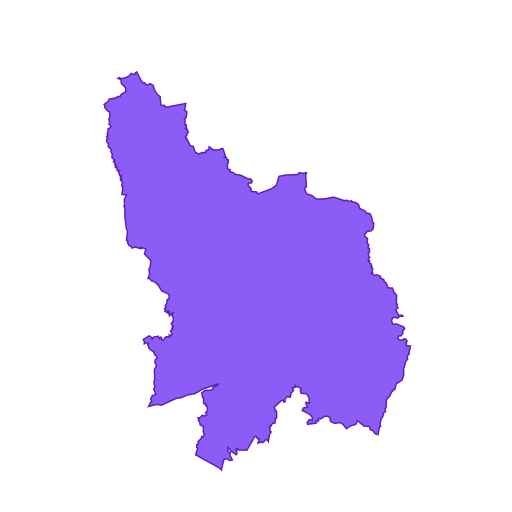 Kabin Buri, Prachin Buri, Thailand (orthographic projection), rotated 169°
{"feature_id": "78962969B13244714899487", "entity_name": "Kabin Buri", "entity_type": "district", "adm_level": 2, "iso_a3": "THA", "parent_name": "Thailand", "parent_adm1": "Prachin Buri", "projection": "orthographic", "projection_center": [101.817, 13.854], "detail": "fine", "context": "isolated", "style": "filled", "palette": "violet", "viewbox_px": 512, "rotation_deg": 169, "n_neighbors": 0, "source": "geoboundaries", "source_scale": "gbopen_adm2", "svg_char_len": 6076}
<svg xmlns="http://www.w3.org/2000/svg" viewBox="0 0 512 512"><g transform="rotate(169 256 256)"><path d="M390.2,128.8L382.1,129.3L377.2,127.6L361.2,131.5L357.0,131.1L349.9,132.6L342.3,132.6L333.5,135.6L317.6,137.6L318.2,136.4L323.3,135.2L323.3,133.7L326.2,132.9L331.8,133.8L335.5,131.9L335.4,127.1L334.5,126.5L335.5,122.0L335.1,120.6L333.8,120.9L333.7,118.3L332.5,117.3L333.2,113.4L335.6,111.7L334.7,109.3L336.2,108.6L339.3,109.9L341.4,108.1L343.8,108.1L343.0,107.0L344.0,105.7L342.9,103.4L343.1,100.9L340.2,98.7L341.3,93.3L340.8,90.6L342.0,88.7L343.8,89.3L344.3,87.6L348.4,84.8L348.3,82.5L350.2,82.0L350.7,79.2L349.8,78.5L353.2,72.4L332.3,54.8L330.8,52.6L326.4,62.4L322.6,62.4L321.0,60.3L318.1,60.3L319.7,65.5L318.7,67.7L321.2,69.7L319.8,73.3L317.9,69.4L313.3,64.7L312.3,65.9L312.4,70.3L311.3,70.4L310.6,69.0L301.9,67.2L291.7,79.1L290.4,78.8L289.3,76.2L287.5,75.7L289.7,71.9L286.0,72.4L284.9,71.5L282.2,73.5L280.1,73.6L279.3,71.6L276.9,78.0L274.7,80.5L275.8,82.0L275.0,83.9L275.8,85.5L273.6,86.1L273.6,87.2L271.3,88.6L269.3,88.4L267.9,92.4L266.5,93.3L265.5,100.0L266.5,101.0L266.9,104.2L258.6,109.3L256.9,109.3L256.5,107.4L255.3,107.2L255.0,109.8L252.0,112.2L249.3,110.8L247.9,114.6L244.7,116.8L245.8,119.6L243.4,119.4L242.3,121.3L242.1,119.8L240.0,119.8L236.7,116.9L238.2,115.6L237.9,112.5L232.5,111.2L231.1,106.3L231.6,101.3L234.6,102.9L235.4,102.2L234.1,97.8L238.5,97.8L240.1,95.6L233.5,90.4L231.6,87.1L231.9,84.2L235.0,85.2L237.5,82.7L237.5,80.9L229.3,80.5L228.4,80.8L228.3,82.6L225.9,82.2L225.9,84.5L223.3,83.8L219.6,85.5L216.6,85.1L214.3,83.5L214.4,79.5L210.8,76.7L205.4,76.5L202.7,74.1L200.2,69.2L195.9,71.2L190.2,71.7L187.8,75.0L182.3,68.4L177.1,67.0L177.0,63.7L174.5,62.2L173.1,58.9L170.3,57.4L167.8,63.9L166.1,65.2L166.6,66.8L164.1,72.6L162.4,73.7L160.5,77.9L158.4,78.7L158.7,80.7L157.1,82.8L155.3,90.4L151.3,93.1L148.8,96.7L144.9,98.9L142.9,103.7L136.3,106.4L133.7,111.0L132.8,116.5L129.2,123.9L126.8,125.8L127.1,128.2L124.0,131.2L124.5,132.0L122.0,136.6L122.5,137.7L121.8,138.3L125.5,139.0L124.8,142.9L124.0,143.4L124.5,145.7L126.9,146.5L127.3,145.7L129.9,145.7L131.7,146.7L132.1,149.3L130.8,150.4L129.0,149.9L126.5,152.1L126.1,154.5L123.9,156.2L124.5,158.1L130.8,162.4L135.0,163.0L135.2,167.0L133.5,169.3L131.4,169.4L129.2,167.9L126.5,169.4L123.3,168.8L123.8,170.0L127.2,170.4L129.1,176.5L126.5,178.0L127.3,179.7L126.3,181.6L127.3,182.4L125.4,190.8L127.4,193.8L128.2,198.5L132.4,199.5L133.5,205.0L135.0,206.5L135.2,208.8L136.5,209.1L138.1,211.2L137.6,212.2L141.2,214.6L143.3,214.3L146.2,216.9L144.6,217.5L145.1,219.0L143.8,220.8L145.0,223.0L144.1,223.6L145.0,225.0L144.3,225.9L146.0,228.1L145.5,229.5L146.3,229.3L146.6,230.9L144.6,233.1L145.4,233.7L145.2,237.1L143.9,238.1L143.2,241.7L144.6,242.6L143.2,245.3L144.4,247.6L143.2,251.8L145.4,254.5L145.5,256.0L142.2,258.9L138.3,258.7L135.8,260.4L134.1,265.9L135.2,267.5L135.1,272.3L136.1,275.9L139.3,276.9L140.7,279.7L145.1,282.8L145.6,287.2L148.3,289.7L151.0,290.6L151.8,292.0L154.3,291.8L156.1,293.4L158.8,293.5L168.4,298.9L177.7,299.0L185.7,300.3L189.9,304.9L194.5,307.3L195.6,313.1L193.4,314.2L191.9,325.5L190.6,328.1L194.2,328.1L197.5,329.6L199.6,328.0L211.4,329.8L218.3,329.8L222.4,321.6L228.2,319.0L242.4,316.6L243.2,318.8L248.1,320.2L248.3,324.4L249.3,324.5L250.3,328.1L249.0,329.1L246.6,328.5L245.4,330.5L246.7,332.8L249.0,333.1L255.7,338.3L260.4,339.9L262.9,342.5L265.6,343.7L265.0,345.9L267.2,346.4L266.7,351.9L265.7,352.3L264.8,355.6L266.2,356.1L266.1,358.1L267.9,358.7L266.9,359.2L267.9,367.4L269.2,368.1L272.0,367.1L277.8,368.4L281.1,372.2L281.9,369.5L285.1,369.0L285.6,366.9L288.2,367.8L293.2,367.2L296.0,369.8L296.7,375.7L299.1,376.4L299.8,377.7L300.7,381.9L302.0,383.5L301.3,384.3L302.7,386.0L300.5,388.0L300.8,389.1L298.7,390.5L299.8,393.1L299.3,393.5L300.9,394.7L299.9,395.3L299.4,398.0L300.6,398.6L299.7,403.1L300.3,404.0L298.2,405.2L296.7,409.2L296.5,410.9L298.2,413.0L295.9,419.1L315.9,419.2L317.5,421.6L318.7,421.1L320.5,422.7L319.7,430.8L322.0,433.3L323.8,437.9L324.5,443.3L327.0,445.3L330.1,444.7L331.5,445.5L332.1,447.2L334.8,448.3L337.9,459.4L339.6,458.7L339.9,457.5L342.0,457.7L343.6,459.1L346.5,456.8L350.2,455.8L354.7,455.9L355.9,457.1L357.6,456.7L354.8,454.8L355.3,451.2L351.9,446.0L352.5,442.1L357.3,440.5L359.3,438.2L360.5,439.0L363.9,437.9L370.3,438.0L371.6,436.0L376.2,433.7L375.5,432.9L376.2,430.8L373.7,426.3L372.5,425.7L372.4,421.9L374.4,418.0L374.1,414.8L375.3,413.6L373.6,411.2L374.2,409.9L377.0,409.0L377.7,405.7L378.8,404.7L378.2,403.1L379.8,401.7L379.1,400.0L380.1,399.4L380.7,396.2L379.3,394.4L380.3,391.7L377.7,388.1L378.5,386.2L377.7,383.1L378.7,380.1L376.5,377.2L377.7,376.1L376.9,375.9L377.5,375.3L376.3,372.2L377.0,372.2L377.0,369.6L375.7,369.9L375.9,366.4L373.7,365.9L374.8,365.1L374.6,361.9L374.2,360.8L372.6,360.3L373.6,359.4L373.4,358.0L374.1,358.2L373.5,356.8L374.5,356.6L373.1,354.0L374.4,350.5L373.7,350.0L374.2,346.5L375.9,342.1L371.5,340.6L374.5,336.5L375.2,331.2L376.2,330.0L375.5,328.0L377.3,319.5L378.0,307.6L377.4,304.6L380.2,296.0L378.9,294.8L379.6,293.5L378.7,290.6L377.0,289.6L376.1,287.4L373.1,288.0L368.3,285.4L367.7,286.2L367.1,285.2L366.2,285.8L362.7,284.1L365.1,279.2L360.1,271.7L361.8,265.9L363.6,263.6L363.9,258.5L366.3,254.5L364.7,254.3L363.5,251.7L360.3,249.9L357.3,245.6L355.3,239.8L349.6,235.7L348.7,234.0L349.7,230.0L351.5,230.3L352.6,226.3L354.7,224.6L354.1,222.5L355.8,221.8L355.1,219.8L356.0,219.2L353.7,217.1L353.4,218.9L352.2,218.8L352.4,213.9L350.7,215.6L348.3,215.8L350.1,213.9L349.0,211.7L349.5,208.3L352.1,205.7L351.2,204.9L351.7,203.3L350.7,202.5L352.4,201.1L351.7,200.1L354.3,198.7L353.1,195.8L354.5,194.3L356.3,195.0L356.0,193.1L359.7,193.9L363.6,191.0L364.7,191.8L364.4,194.1L365.3,194.5L366.6,193.4L367.3,195.9L372.1,195.9L373.8,194.1L374.1,196.0L376.0,198.0L382.6,195.6L381.9,193.0L382.4,191.1L379.5,191.7L378.2,191.0L379.2,189.7L378.5,185.4L374.6,181.1L374.3,178.2L372.6,176.7L372.5,174.7L374.5,173.4L375.6,171.1L374.6,167.0L377.4,163.9L379.1,153.6L380.3,151.9L380.3,146.5L381.8,145.3L380.8,139.2L384.4,138.7L386.7,135.9L386.2,132.5L387.5,132.3L390.2,128.8Z" fill="#8b5cf6" stroke="#5b21b6" stroke-width="1.5"/></g></svg>